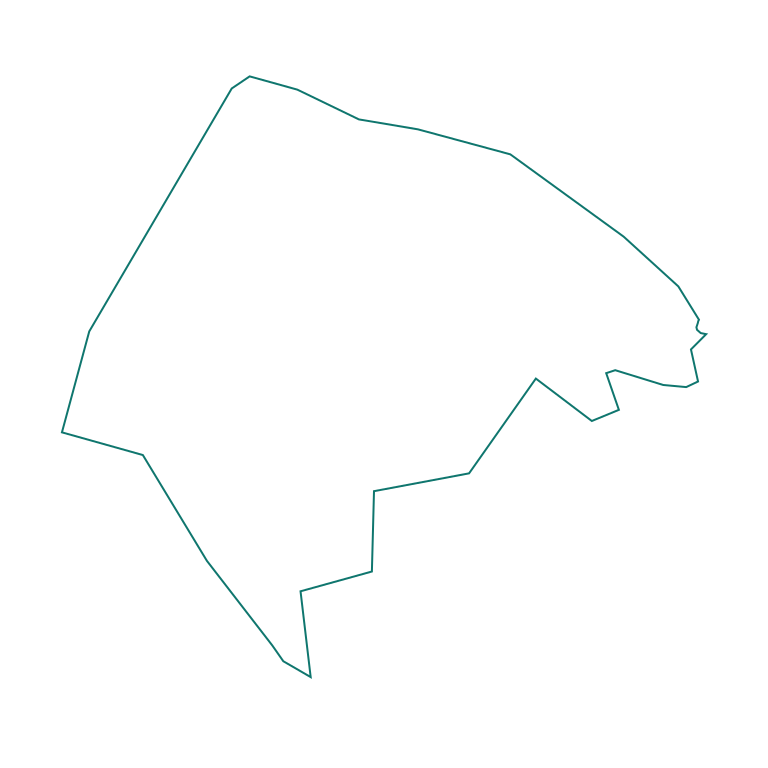 San Miguel del Río, Oaxaca, Mexico (Natural Earth projection), rotated 94°
{"feature_id": "50627088B44096778996990", "entity_name": "San Miguel del Río", "entity_type": "district", "adm_level": 2, "iso_a3": "MEX", "parent_name": "Mexico", "parent_adm1": "Oaxaca", "projection": "natural_earth1", "projection_center": [-96.573, 17.33], "detail": "fine", "context": "isolated", "style": "outline", "palette": "teal", "viewbox_px": 768, "rotation_deg": 94, "n_neighbors": 0, "source": "geoboundaries", "source_scale": "gbopen_adm2", "svg_char_len": 605}
<svg xmlns="http://www.w3.org/2000/svg" viewBox="0 0 768 768"><g transform="rotate(94 384 384)"><path d="M86.5,539.5L99.8,556.5L352.1,681.7L454.7,701.9L471.7,619.6L572.8,548.3L652.6,477.2L667.6,465.1L681.5,436.7L650.4,442.6L596.6,452.8L571.9,383.0L491.6,386.5L467.2,292.9L368.0,232.9L406.4,174.1L393.4,147.9L357.7,163.1L354.1,154.3L365.5,105.4L366.0,82.3L359.6,70.9L328.1,80.2L311.8,66.1L311.1,71.6L308.1,75.5L305.6,76.3L302.9,75.6L301.3,75.2L299.4,74.9L297.9,74.3L266.1,97.2L220.3,155.2L146.1,274.0L127.6,367.9L121.8,427.5L96.4,491.0L86.5,539.5Z" fill="none" stroke="#0f766e" stroke-width="2"/></g></svg>